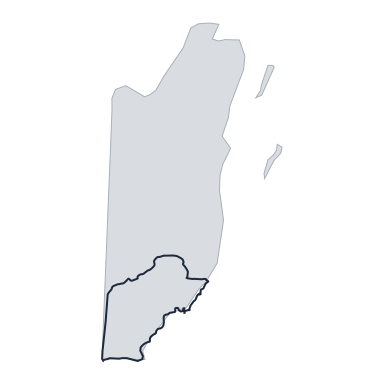 Belize, with Toledo highlighted
{"feature_id": "BLZ-1356", "entity_name": "Toledo", "entity_type": "District", "adm_level": 1, "iso_a3": "BLZ", "parent_name": "Belize", "parent_adm1": "", "projection": "albers", "projection_center": [-88.761, 16.286], "detail": "fine", "context": "in_parent", "style": "outline", "palette": "slate", "viewbox_px": 384, "rotation_deg": 0, "n_neighbors": 0, "source": "natural_earth", "source_scale": "10m", "svg_char_len": 3308}
<svg xmlns="http://www.w3.org/2000/svg" viewBox="0 0 384 384"><path d="M112.0,109.7L111.9,98.4L115.5,89.4L125.8,85.7L139.1,93.5L144.6,96.8L149.6,94.9L155.9,90.2L163.7,76.4L183.1,48.0L190.9,27.8L198.5,23.8L209.4,23.0L218.9,24.3L212.3,39.1L218.9,41.0L224.9,39.6L239.3,40.0L244.9,56.2L243.5,69.8L230.0,105.6L228.3,117.9L222.1,136.2L230.6,148.3L222.7,164.5L220.1,174.8L219.5,190.5L223.5,220.2L217.2,263.1L205.9,281.9L198.9,289.0L186.3,307.6L169.7,313.2L146.8,343.2L142.7,351.0L144.9,359.5L139.5,359.6L117.5,358.2L102.6,359.7L102.0,359.0L103.3,326.7L105.3,276.8L106.8,240.2L108.2,204.4L109.3,177.6L110.8,141.1L112.0,109.7ZM261.7,95.2L255.8,97.7L260.6,90.2L261.3,85.3L268.0,65.3L272.9,65.4L274.2,67.2L261.7,95.2ZM274.1,160.3L264.6,178.5L264.0,173.4L267.9,159.9L273.2,155.2L276.5,150.2L277.3,144.3L282.0,147.2L280.8,153.0L274.1,160.3Z" fill="#d9dde1" stroke="#a8b0b8" stroke-width="1"/><path d="M103.2,360.7L102.2,359.0L102.2,357.4L102.5,351.1L105.7,321.1L107.7,294.3L109.1,292.2L109.8,291.3L110.4,290.7L111.3,289.6L111.6,289.0L111.8,288.5L111.9,287.9L112.0,287.6L112.4,287.0L112.9,286.4L113.5,286.0L117.9,284.2L119.5,284.1L120.0,284.0L120.9,283.7L123.0,283.4L123.8,283.0L124.8,282.3L127.3,279.8L128.1,278.9L128.4,278.7L129.0,278.9L129.4,279.2L129.8,279.6L130.7,280.5L131.1,280.7L131.6,280.7L132.3,280.6L137.2,278.7L137.7,278.3L137.6,277.2L137.6,276.8L138.1,275.9L138.7,275.4L139.4,275.0L140.8,274.3L141.5,274.2L142.1,274.3L142.9,274.1L144.0,273.4L147.3,270.8L148.2,270.3L149.2,270.1L149.8,269.8L151.8,268.3L154.3,265.7L154.6,264.3L154.5,263.6L154.0,261.5L154.1,260.9L154.4,260.3L155.8,258.6L156.5,257.8L156.8,257.6L157.8,257.0L159.9,256.9L163.5,255.7L172.8,255.5L175.6,255.8L177.5,256.3L181.8,258.7L182.4,259.3L182.8,259.9L183.2,260.9L183.5,261.5L183.5,262.0L183.5,262.6L183.0,263.7L183.1,264.4L183.6,265.1L185.1,266.8L185.5,267.5L185.9,268.0L186.2,268.5L186.5,269.0L186.8,269.6L187.1,270.1L187.6,271.0L187.9,271.7L187.9,272.2L187.8,272.6L187.7,273.4L187.5,275.6L187.4,276.0L187.4,276.6L187.2,277.1L186.9,277.4L186.7,277.9L187.5,278.3L192.5,279.0L193.3,278.9L193.6,278.8L198.5,279.1L199.1,279.1L200.4,279.1L201.0,279.3L201.6,279.3L204.2,278.9L205.4,279.0L205.9,279.1L206.3,280.1L207.7,280.7L208.2,281.6L205.8,283.4L203.3,288.5L201.0,289.6L200.7,290.3L200.5,293.4L200.6,294.1L199.8,294.5L199.2,294.5L198.8,294.3L198.8,294.1L198.0,294.6L197.7,294.9L197.6,295.2L197.1,295.8L195.5,299.7L195.0,300.3L194.0,300.9L190.7,305.2L190.4,305.9L189.9,307.6L189.5,308.3L189.4,308.6L189.6,309.7L189.5,310.1L189.2,310.2L188.1,310.0L187.8,310.1L187.3,310.4L185.8,310.8L185.2,311.1L184.9,311.6L184.3,313.7L184.3,308.3L183.5,308.3L182.6,311.1L180.9,311.5L179.1,310.4L178.4,308.7L177.9,308.0L176.8,307.9L175.8,308.1L175.3,308.3L175.2,308.7L175.2,311.0L174.9,311.9L174.0,312.2L169.8,312.8L169.1,313.3L168.5,313.9L167.6,314.4L165.9,314.6L164.2,315.5L163.6,317.5L163.9,322.5L163.4,325.2L162.3,327.2L160.5,328.4L158.3,328.8L157.7,329.2L157.0,330.0L156.3,331.0L155.8,333.2L155.0,333.9L154.0,334.3L152.8,335.0L151.4,336.2L150.7,336.9L150.2,337.7L149.9,339.1L150.0,340.6L149.6,341.7L146.4,342.6L144.2,343.9L142.1,345.7L140.7,347.4L140.3,350.7L142.9,356.1L142.4,359.1L137.7,361.0L126.7,358.1L122.7,358.1L119.1,358.7L109.5,358.2L107.2,359.2L106.1,359.3L104.6,359.7L103.5,360.3L103.2,360.7Z" fill="none" stroke="#1e293b" stroke-width="2"/></svg>